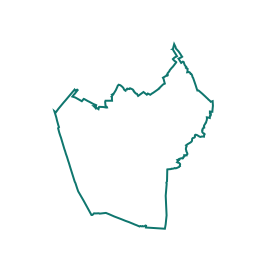 My Tu, Sóc Trăng, Vietnam, rotated 288°
{"feature_id": "81297802B88406709239333", "entity_name": "My Tu", "entity_type": "district", "adm_level": 2, "iso_a3": "VNM", "parent_name": "Vietnam", "parent_adm1": "Sóc Trăng", "projection": "robinson", "projection_center": [105.834, 9.623], "detail": "fine", "context": "isolated", "style": "outline", "palette": "teal", "viewbox_px": 256, "rotation_deg": 288, "n_neighbors": 0, "source": "geoboundaries", "source_scale": "gbopen_adm2", "svg_char_len": 5791}
<svg xmlns="http://www.w3.org/2000/svg" viewBox="0 0 256 256"><g transform="rotate(288 128 128)"><path d="M121.2,52.8L118.1,55.0L115.8,56.6L113.3,58.1L108.9,61.0L107.5,62.1L106.2,61.6L102.3,64.1L99.4,66.2L98.3,67.1L88.0,74.2L86.9,75.1L84.4,76.8L81.4,79.1L78.1,81.4L76.8,82.4L72.6,85.3L65.3,90.5L62.2,92.7L61.2,93.4L60.4,94.0L59.3,95.1L55.0,98.2L52.5,100.1L52.0,100.6L45.2,108.2L34.0,120.1L34.1,120.3L34.3,121.0L34.6,121.2L36.4,122.1L36.5,122.7L36.8,123.8L37.9,126.7L37.8,127.5L40.4,133.2L40.2,136.3L39.6,142.4L39.3,148.4L39.2,150.2L38.9,154.4L38.8,158.1L38.6,160.5L38.5,162.0L38.3,164.0L38.2,166.1L37.9,169.4L38.4,169.8L38.6,170.1L38.6,170.5L38.7,171.4L38.8,171.7L39.2,172.1L39.1,172.6L39.2,173.0L39.4,173.5L39.8,174.1L40.2,174.5L40.6,174.7L40.6,175.4L38.9,175.8L43.6,194.2L48.0,193.6L56.8,191.7L75.2,184.8L84.9,182.5L87.0,182.0L87.4,181.6L87.7,181.4L88.0,181.4L89.2,181.6L89.9,181.4L92.3,180.7L100.6,178.2L100.8,178.2L102.1,181.3L102.4,181.8L102.7,181.9L103.0,182.9L103.5,183.8L103.8,184.3L104.3,184.7L104.4,185.0L104.4,185.6L104.4,185.9L104.5,186.0L105.1,186.8L105.5,187.3L106.3,188.1L106.7,188.6L106.8,188.7L107.6,188.8L107.9,189.2L108.4,188.9L108.8,188.9L109.1,188.8L109.6,188.8L109.8,188.7L110.0,188.5L110.2,188.1L110.6,187.3L110.6,186.9L110.5,186.2L110.5,185.8L110.6,185.3L110.8,185.4L110.9,185.5L111.0,185.7L112.1,185.7L112.4,185.5L112.5,185.3L112.7,185.1L112.8,185.0L112.9,184.8L113.0,184.9L113.2,185.4L113.3,186.0L113.4,186.4L113.5,186.6L113.8,186.6L113.8,186.1L114.1,186.0L114.3,186.1L114.6,186.4L115.0,187.2L115.7,187.9L115.9,188.8L115.9,189.2L115.9,189.4L116.1,189.6L116.5,189.7L117.1,189.6L117.4,189.6L117.7,189.8L118.1,190.3L118.4,190.4L118.7,190.4L119.0,190.2L119.4,189.8L119.5,189.8L119.5,190.0L119.6,190.3L119.6,191.1L119.7,191.4L120.0,191.7L120.1,192.1L120.6,191.9L120.9,192.3L121.6,192.5L121.8,192.3L122.1,192.3L122.4,192.1L123.0,191.6L123.8,190.7L124.0,190.6L124.6,190.4L125.2,189.9L125.5,189.7L126.8,189.3L127.4,189.4L127.9,189.2L128.2,189.2L128.6,189.4L128.9,189.4L129.2,189.2L129.5,188.6L130.0,189.0L130.8,189.5L131.6,190.2L133.4,191.8L134.0,192.2L134.6,192.6L135.4,192.8L135.8,192.8L136.9,192.5L137.4,192.4L137.7,192.4L138.0,192.5L138.4,192.7L139.4,194.1L139.6,194.2L139.9,194.3L140.2,194.4L140.6,194.3L141.0,194.1L141.6,193.9L141.9,193.9L142.1,194.0L142.4,194.2L142.5,194.5L142.6,195.3L142.6,195.7L142.5,196.2L141.9,198.7L141.9,199.3L141.9,199.6L142.0,199.9L142.7,200.8L142.8,201.2L143.1,202.0L143.2,202.9L145.1,202.6L145.3,202.5L145.7,202.8L145.8,202.8L146.1,202.5L146.3,201.8L146.3,201.2L146.4,200.8L146.4,200.6L146.4,200.3L146.3,200.1L146.7,200.4L146.8,200.3L146.9,200.1L147.1,199.9L147.9,199.5L148.1,199.5L148.3,199.6L148.5,199.3L148.9,199.2L149.1,199.3L149.3,199.3L149.5,199.4L149.8,199.3L150.3,199.4L150.6,199.3L151.0,199.7L151.5,199.8L151.8,200.2L152.2,199.8L152.3,199.8L152.6,200.1L153.2,199.7L153.8,199.6L154.8,199.8L155.6,200.1L156.5,200.1L156.9,200.4L157.2,200.6L157.6,200.5L158.1,200.4L159.6,200.5L160.3,200.4L161.6,200.1L162.5,199.7L162.7,200.8L162.8,202.7L164.8,202.2L165.1,202.6L166.1,202.3L166.3,202.7L167.5,202.2L167.2,201.4L169.0,200.8L169.5,203.2L172.1,202.6L175.4,201.9L179.7,200.2L179.0,199.3L178.5,198.6L178.9,198.0L179.5,196.8L179.9,195.7L180.5,194.7L181.0,193.5L181.7,192.1L183.6,188.0L185.1,184.4L185.3,183.9L185.5,183.2L185.1,182.4L186.5,181.3L189.6,179.1L194.9,175.1L195.0,175.0L195.7,174.5L195.9,174.3L196.0,174.1L196.2,173.8L197.0,173.2L197.9,172.7L198.1,172.5L199.0,171.4L199.0,171.1L198.8,170.8L199.1,170.5L199.7,170.1L199.9,169.7L199.9,169.0L199.9,168.9L200.1,168.6L200.0,168.2L199.6,167.8L199.3,167.1L200.6,167.0L201.8,166.6L202.6,166.5L203.0,165.4L202.8,165.1L203.1,164.5L203.8,164.8L204.2,164.5L204.5,163.8L204.8,163.3L205.6,162.3L206.5,161.6L207.9,160.6L208.1,159.7L207.9,159.5L207.2,158.9L206.5,158.7L206.3,158.5L209.6,154.6L210.6,155.7L211.6,156.8L212.5,157.5L213.2,156.5L214.5,155.0L216.5,152.4L217.0,151.5L218.2,149.4L218.4,149.0L218.7,148.7L219.3,148.5L219.7,148.2L222.0,146.0L216.9,146.3L216.7,146.1L216.7,146.3L215.3,147.8L211.4,152.4L209.4,150.5L207.4,149.4L207.1,149.8L206.3,151.3L205.6,153.5L205.4,153.6L204.0,153.1L200.1,151.7L198.7,151.0L195.7,149.8L195.0,149.8L194.5,149.7L193.9,149.4L192.8,149.0L192.1,148.7L191.9,148.7L191.7,148.8L191.4,149.1L190.7,149.5L190.4,149.5L190.1,149.4L190.1,148.6L189.7,148.7L189.2,148.0L186.6,145.7L186.3,146.0L185.8,146.6L183.1,148.3L181.6,149.3L180.6,148.2L180.1,147.8L175.0,145.1L174.9,145.3L169.3,141.1L168.3,140.2L166.5,138.9L166.8,136.9L166.9,136.2L165.5,135.6L167.0,131.6L161.6,127.7L161.9,127.3L163.2,126.1L163.3,125.8L163.2,125.3L163.2,124.8L163.3,124.5L163.6,124.0L163.7,123.8L163.9,123.8L164.0,123.6L164.2,122.9L164.3,122.8L164.4,122.5L164.7,122.1L165.2,121.6L165.4,121.7L165.8,121.1L166.1,120.5L166.3,119.1L166.4,117.7L165.8,117.6L165.6,117.5L165.5,117.4L165.4,116.7L165.3,115.9L164.7,115.5L165.0,115.0L163.2,114.1L162.7,114.1L162.8,113.6L163.0,113.1L163.3,112.5L163.5,112.2L164.2,111.7L164.5,111.4L165.3,110.1L166.0,108.4L166.3,107.5L166.3,106.8L166.3,105.9L165.9,105.8L165.3,105.2L163.6,105.1L160.1,104.7L156.8,103.9L156.6,103.8L156.1,103.5L155.2,102.8L155.2,103.5L152.9,102.7L152.9,103.0L151.8,103.4L150.5,103.8L149.0,104.4L147.0,98.2L146.6,98.2L145.7,98.2L145.3,98.4L142.3,99.7L142.2,99.8L141.9,100.1L141.7,100.8L141.6,101.2L141.0,101.7L140.9,101.5L140.7,100.8L140.4,98.5L140.0,96.7L139.5,95.1L139.4,94.5L139.1,94.0L138.3,94.0L136.8,94.1L137.0,93.4L137.3,93.0L137.3,92.5L137.4,91.9L137.0,91.5L136.7,91.4L137.3,90.5L138.1,88.9L138.2,89.4L138.9,90.8L139.9,90.7L140.0,89.2L140.1,87.8L141.0,83.0L141.2,81.5L142.0,77.5L142.0,76.9L139.2,75.8L139.9,72.5L140.7,68.5L140.7,65.4L143.2,66.3L143.9,66.7L148.3,68.3L148.5,68.4L148.8,68.0L148.8,67.9L147.4,66.0L148.0,65.3L134.9,60.0L132.6,59.0L124.8,55.9L120.5,54.5L121.2,52.8Z" fill="none" stroke="#0f766e" stroke-width="2"/></g></svg>